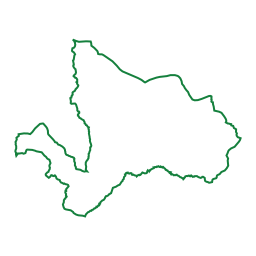 the district of Giron, Azuay, Ecuador
{"feature_id": "8360857B7998826994941", "entity_name": "Giron", "entity_type": "district", "adm_level": 2, "iso_a3": "ECU", "parent_name": "Ecuador", "parent_adm1": "Azuay", "projection": "albers", "projection_center": [-79.183, -3.175], "detail": "fine", "context": "isolated", "style": "outline", "palette": "green", "viewbox_px": 256, "rotation_deg": 0, "n_neighbors": 0, "source": "geoboundaries", "source_scale": "gbopen_adm2", "svg_char_len": 5755}
<svg xmlns="http://www.w3.org/2000/svg" viewBox="0 0 256 256"><path d="M72.8,39.6L74.3,41.1L74.5,41.9L75.1,42.7L75.0,43.7L75.3,44.7L74.9,46.4L74.1,47.6L72.4,48.3L72.0,50.6L72.2,51.3L73.9,52.4L75.1,54.3L74.4,55.4L73.7,59.8L73.0,60.5L73.8,64.3L73.8,64.9L73.3,65.3L73.3,66.4L74.0,67.6L74.9,68.8L75.5,69.2L76.0,72.4L75.6,73.8L73.7,75.6L73.6,76.3L75.1,77.4L75.2,77.8L76.2,78.0L77.2,79.4L77.2,81.3L76.5,82.0L77.2,82.4L77.0,83.2L77.4,84.3L78.3,85.3L78.1,86.2L77.1,87.8L76.2,88.5L75.9,89.1L75.5,89.3L75.0,90.7L72.8,92.2L72.5,92.7L72.7,94.7L71.9,95.4L71.9,95.9L71.5,96.2L71.4,97.6L70.3,98.1L70.9,101.2L70.7,103.1L71.4,103.8L75.0,103.5L76.0,104.5L77.3,108.6L77.3,110.4L78.1,111.5L78.9,111.5L79.3,112.1L79.2,113.1L77.9,114.5L77.9,115.7L78.6,116.1L79.4,117.8L80.8,118.4L81.3,119.0L83.7,120.3L83.9,121.0L84.6,122.1L84.6,123.4L85.4,123.8L85.9,125.0L86.8,125.3L87.7,126.8L88.9,127.4L88.4,128.8L88.9,129.8L88.8,131.3L89.2,131.9L88.9,133.3L89.7,137.3L89.6,138.0L90.1,139.2L89.9,140.7L90.2,142.1L91.0,144.2L91.3,145.8L90.9,146.8L90.2,147.3L90.2,150.3L89.6,151.4L89.0,153.6L88.6,153.9L88.8,156.1L88.4,156.9L88.6,157.9L87.6,159.8L86.9,160.5L85.8,162.4L85.7,164.5L86.2,166.7L85.8,169.6L87.1,171.4L86.1,171.2L84.4,171.6L82.4,171.0L80.5,169.8L76.3,169.1L75.8,168.0L75.9,167.1L74.9,165.4L75.0,162.9L74.2,161.2L74.3,159.9L74.1,159.6L74.4,158.7L73.9,157.8L73.3,157.7L72.7,157.1L71.0,156.8L70.3,156.3L68.6,155.8L67.9,155.2L66.9,155.0L66.1,154.5L65.4,153.0L65.3,151.4L65.0,150.9L65.0,150.0L64.3,148.4L62.4,146.6L59.7,145.0L58.2,144.6L56.8,142.6L55.0,142.2L54.6,141.3L53.0,139.3L48.3,134.4L48.0,133.2L47.9,130.7L47.1,128.3L46.1,126.8L43.3,123.6L42.7,123.5L40.0,123.9L35.1,128.4L32.3,132.1L30.2,134.1L27.7,133.5L23.9,133.4L18.6,134.2L18.8,135.9L17.3,137.0L16.4,137.9L16.8,139.2L16.2,140.8L15.5,142.0L15.8,143.2L15.6,144.3L16.2,146.1L16.2,148.6L15.5,150.3L15.4,151.7L16.0,152.7L16.0,154.6L16.3,155.8L18.0,153.4L18.7,153.6L22.1,153.1L23.6,153.7L25.4,153.1L26.3,150.4L26.7,149.8L27.3,149.6L32.2,149.9L35.1,150.7L36.4,151.3L41.7,152.3L44.4,155.6L46.1,156.9L47.1,158.4L48.2,159.2L49.4,159.7L50.5,163.1L49.4,165.4L49.5,166.8L49.9,167.5L49.7,169.2L48.8,170.6L48.5,171.8L47.3,172.4L45.8,174.0L45.7,174.8L46.0,175.5L48.8,177.8L50.0,176.9L51.2,175.2L51.9,175.2L52.5,175.8L53.9,176.1L54.5,175.4L55.0,175.4L56.0,176.7L56.5,178.5L57.7,179.4L59.7,180.0L60.1,181.3L61.0,182.5L62.7,183.1L63.5,183.8L64.4,183.5L65.2,184.1L67.2,184.5L68.1,185.0L68.6,186.3L66.2,189.1L66.2,190.9L65.5,190.8L65.3,192.2L65.3,192.7L66.1,194.0L65.9,195.3L66.7,196.5L66.4,197.1L65.8,197.2L65.3,198.6L64.7,198.9L63.9,200.2L63.8,202.3L62.9,204.5L63.6,207.1L64.5,208.8L65.9,209.4L70.7,210.3L73.1,212.0L73.6,213.0L76.2,214.6L78.4,215.3L82.7,215.7L85.1,216.4L85.9,214.4L88.0,212.2L89.0,211.9L90.4,210.7L91.4,210.8L92.0,209.9L93.2,209.6L94.4,208.3L95.1,208.3L96.0,207.6L96.4,206.7L97.1,207.0L98.1,205.7L98.6,205.7L98.7,205.3L99.1,205.2L99.0,204.9L99.2,204.7L99.2,203.8L100.0,203.9L100.2,203.7L100.2,202.6L100.4,202.3L102.4,200.4L103.7,199.9L104.9,198.3L105.1,197.4L106.1,196.1L106.7,196.2L108.3,195.3L109.1,194.2L109.8,194.0L110.6,193.3L111.1,193.2L112.9,187.8L116.0,186.7L117.8,185.5L119.7,184.7L121.7,181.6L122.5,181.1L122.8,179.8L123.7,179.1L124.0,177.1L125.3,175.7L125.4,175.2L125.0,174.4L125.7,174.1L125.9,173.2L127.1,172.6L127.8,172.6L127.8,173.2L128.9,173.5L129.6,173.6L130.0,173.2L131.0,173.1L131.6,173.4L131.9,174.7L132.6,174.9L133.4,174.6L134.4,175.3L136.4,175.7L136.7,176.4L138.0,175.2L139.1,174.8L139.4,175.1L139.8,174.8L140.4,174.9L142.4,172.5L144.8,173.4L146.3,173.2L147.1,172.6L147.2,171.3L147.8,170.3L148.3,170.8L148.9,170.8L149.2,171.3L149.6,170.5L149.9,170.7L150.8,169.6L152.4,168.7L153.0,168.5L153.6,168.1L153.6,167.6L154.1,167.9L154.9,167.0L156.5,167.1L156.8,166.6L157.7,166.7L158.3,166.2L159.6,167.0L160.0,167.0L160.4,166.5L161.1,167.1L161.8,166.8L162.4,167.5L163.2,167.0L164.3,168.2L165.1,168.7L165.7,169.9L166.4,169.9L167.0,170.5L167.5,170.5L167.8,171.1L168.8,171.9L169.8,172.0L169.7,173.0L170.0,173.1L170.7,172.8L170.5,173.5L171.1,174.3L171.4,173.9L171.8,173.9L172.2,174.4L173.4,174.8L173.9,175.3L174.4,175.1L175.4,175.2L176.3,174.7L176.8,174.7L177.3,175.4L178.7,175.9L180.2,177.2L181.0,177.3L181.8,177.9L182.9,178.4L183.3,179.2L184.2,178.3L184.1,177.8L185.0,177.2L185.3,176.4L186.5,176.0L187.8,176.1L188.4,175.6L189.1,175.6L189.7,176.2L190.6,176.3L190.8,176.2L190.8,175.6L191.1,175.4L192.9,176.9L193.5,176.5L194.3,176.6L194.6,176.2L196.9,176.1L198.4,177.1L200.6,177.9L201.6,177.6L202.3,176.8L203.1,176.8L204.7,177.9L205.0,180.5L205.3,181.1L206.6,181.8L207.8,182.0L208.7,182.6L209.5,182.7L212.1,182.1L212.4,180.0L212.7,179.5L213.4,179.0L216.2,178.2L216.7,177.4L216.8,176.1L217.1,175.4L218.5,174.6L219.6,174.2L221.4,172.0L224.8,170.5L226.7,168.3L228.2,165.7L227.7,160.5L228.1,158.5L226.5,155.5L227.5,153.4L228.3,151.1L228.9,150.2L231.1,148.4L234.6,146.8L239.0,141.6L240.0,140.0L240.6,138.2L237.8,137.2L236.7,135.7L236.5,134.7L236.9,133.5L236.0,131.9L236.1,129.3L233.9,128.0L233.2,125.9L231.3,125.4L231.0,124.7L231.1,124.1L229.7,123.9L228.7,123.5L227.8,123.5L225.8,122.4L226.3,121.2L226.2,120.2L225.7,118.8L224.2,116.4L221.5,112.8L219.1,111.7L214.3,110.6L213.7,106.6L213.0,104.2L212.9,102.4L212.4,102.4L211.4,101.6L211.7,99.9L211.3,99.5L211.5,98.5L211.3,97.7L211.6,97.0L211.4,96.3L210.4,95.9L209.0,96.0L201.7,98.9L197.9,100.1L194.7,100.3L192.4,99.5L189.3,95.0L188.0,91.9L186.5,90.3L184.8,88.0L183.9,86.1L182.1,84.0L181.6,81.2L180.3,78.3L178.6,76.5L177.6,75.9L174.8,75.1L170.6,75.1L166.8,76.1L159.7,76.9L156.5,77.6L149.6,79.9L145.2,82.4L144.7,82.3L141.5,79.9L137.9,78.0L122.5,71.4L119.8,69.3L116.8,65.7L112.5,61.3L103.3,55.0L101.8,54.3L99.7,54.3L98.2,54.0L97.7,51.9L97.3,51.0L94.3,47.9L91.4,45.7L91.2,43.2L90.7,41.5L86.2,41.3L78.9,41.8L75.9,40.9L72.8,39.6Z" fill="none" stroke="#15803d" stroke-width="2"/></svg>